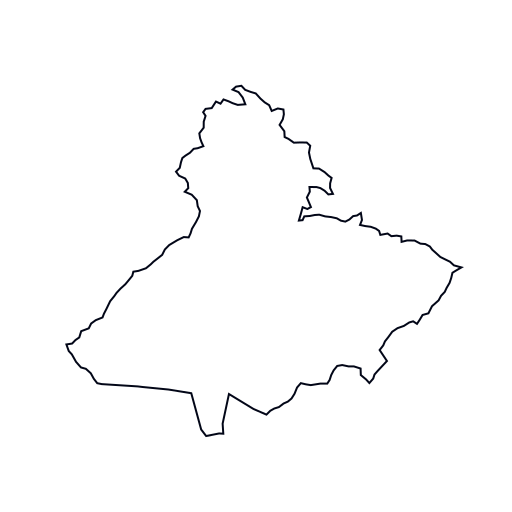 Pouso Redondo, Santa Catarina, Brazil (Mercator projection), rotated 171°
{"feature_id": "56859067B55889942630825", "entity_name": "Pouso Redondo", "entity_type": "district", "adm_level": 2, "iso_a3": "BRA", "parent_name": "Brazil", "parent_adm1": "Santa Catarina", "projection": "mercator", "projection_center": [-49.991, -27.303], "detail": "fine", "context": "isolated", "style": "outline", "palette": "ink", "viewbox_px": 512, "rotation_deg": 171, "n_neighbors": 0, "source": "geoboundaries", "source_scale": "gbopen_adm2", "svg_char_len": 2851}
<svg xmlns="http://www.w3.org/2000/svg" viewBox="0 0 512 512"><g transform="rotate(171 256 256)"><path d="M379.6,259.7L381.3,255.8L384.4,253.0L389.4,248.6L394.9,245.0L399.5,241.4L402.3,238.5L407.1,234.2L412.1,227.0L415.2,222.8L417.2,219.3L424.3,217.7L429.4,215.1L432.5,210.7L440.4,209.1L443.3,203.2L447.5,201.2L451.3,198.3L457.1,198.3L455.8,191.4L453.3,187.7L450.3,179.6L446.3,173.3L441.7,171.2L437.5,166.0L435.4,160.1L432.7,155.2L428.4,153.6L393.2,145.7L388.3,144.3L363.3,137.8L341.4,130.6L337.3,93.2L333.4,86.0L320.2,86.5L316.1,85.6L315.2,95.6L304.3,123.9L282.4,105.3L270.5,97.7L266.1,100.9L261.8,102.5L257.0,103.2L251.8,106.0L247.3,107.2L243.2,109.7L239.5,113.9L236.0,119.7L231.6,123.4L226.7,121.4L222.1,119.9L212.5,119.9L205.6,118.8L202.7,122.0L200.3,126.7L197.2,130.9L193.0,134.7L187.9,134.8L181.9,132.5L176.5,131.6L170.3,128.5L171.1,122.0L166.6,116.9L163.9,112.8L159.4,116.6L157.5,120.4L154.0,123.3L148.9,127.3L143.1,131.8L148.6,143.8L144.3,147.8L142.0,151.5L138.2,155.0L133.3,159.9L127.5,162.6L120.9,163.8L115.0,166.4L111.0,166.9L107.6,163.8L104.2,167.5L100.7,171.7L94.7,172.4L90.0,178.9L82.6,183.6L79.4,187.8L75.2,191.0L72.7,194.7L69.0,199.2L66.6,203.8L64.6,208.7L60.8,210.3L54.9,212.6L62.0,215.8L65.3,220.0L69.6,223.0L74.1,226.2L77.7,230.7L80.9,234.6L82.8,238.2L86.9,241.3L91.7,242.5L97.0,246.5L104.4,247.7L110.0,247.2L109.4,252.6L113.9,254.1L119.2,254.4L122.5,257.6L129.9,257.4L130.5,261.5L133.4,264.3L138.1,266.9L143.5,268.5L148.4,270.4L145.7,275.0L145.7,282.1L149.9,280.2L153.8,280.2L158.1,277.4L162.4,276.0L166.6,277.6L170.3,280.6L175.7,282.7L181.5,284.3L187.1,286.9L191.6,287.3L196.6,287.1L202.1,287.6L204.4,284.1L208.1,284.3L204.8,291.3L202.3,296.9L198.0,294.4L194.1,295.7L195.5,301.4L196.6,305.8L192.8,311.1L192.4,315.8L185.4,314.6L181.8,313.0L178.0,309.7L174.9,305.5L170.3,305.3L172.2,311.6L171.4,316.2L169.1,321.3L171.9,324.1L175.1,328.1L180.1,332.5L185.6,333.6L187.2,343.4L187.5,349.9L185.2,356.4L188.1,360.1L194.3,361.2L200.9,362.0L205.6,366.6L209.1,369.0L208.5,374.8L212.2,381.8L208.1,386.9L206.3,391.6L206.0,396.4L211.4,398.3L217.8,396.8L219.4,402.9L223.4,406.4L227.0,410.8L230.8,416.6L235.6,418.9L240.7,421.8L243.8,426.4L249.2,426.4L253.1,424.0L247.6,420.6L244.3,414.5L242.8,407.5L250.4,408.1L255.2,410.6L258.9,413.1L263.6,415.7L267.2,412.0L271.4,414.8L276.6,409.0L282.8,409.2L285.7,406.3L283.9,402.3L286.6,396.9L287.6,390.9L292.8,386.0L292.8,381.1L292.0,376.9L290.8,372.7L296.7,371.6L300.8,371.6L305.1,368.3L309.9,366.2L313.4,364.3L315.4,360.4L317.5,355.0L321.8,351.8L319.4,347.3L313.8,343.6L311.9,338.8L312.3,333.6L316.3,330.6L309.9,326.6L305.7,320.4L305.8,314.3L304.3,309.2L306.2,304.1L309.9,299.0L315.0,292.9L317.1,288.6L319.6,284.9L324.4,286.0L331.3,283.9L340.0,280.4L345.0,276.7L348.5,271.8L354.2,268.6L358.2,266.4L361.3,264.2L366.6,261.1L374.5,259.7L379.6,259.7Z" fill="none" stroke="#020617" stroke-width="2"/></g></svg>